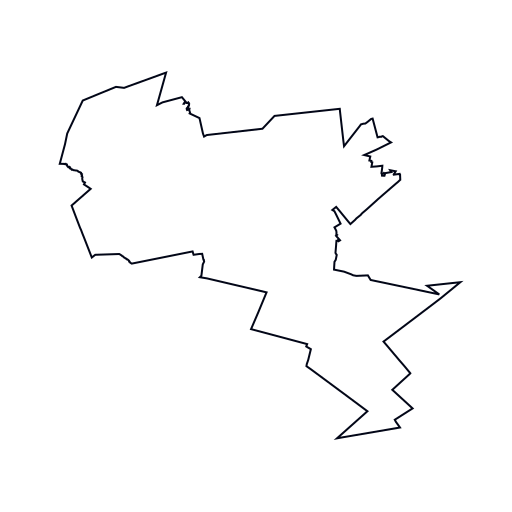 Villa Juárez, San Luis Potosí, Mexico, rotated 97°
{"feature_id": "50627088B60743344831713", "entity_name": "Villa Juárez", "entity_type": "district", "adm_level": 2, "iso_a3": "MEX", "parent_name": "Mexico", "parent_adm1": "San Luis Potosí", "projection": "equal_earth", "projection_center": [-100.218, 22.295], "detail": "fine", "context": "isolated", "style": "outline", "palette": "ink", "viewbox_px": 512, "rotation_deg": 97, "n_neighbors": 0, "source": "geoboundaries", "source_scale": "gbopen_adm2", "svg_char_len": 4763}
<svg xmlns="http://www.w3.org/2000/svg" viewBox="0 0 512 512"><g transform="rotate(97 256 256)"><path d="M408.7,92.2L407.8,93.0L403.6,96.9L401.6,98.3L388.2,82.0L372.2,104.4L353.8,88.6L353.6,88.5L350.8,91.5L348.5,93.9L346.1,96.5L343.4,99.5L341.7,101.4L340.0,103.2L338.3,105.0L336.6,106.9L334.8,108.8L332.4,111.4L328.6,115.5L325.4,119.0L304.4,97.3L303.7,96.6L290.9,83.4L275.5,67.6L257.1,50.0L264.7,82.6L271.8,69.4L267.0,125.3L266.2,135.0L265.8,139.3L261.6,142.6L263.4,153.3L263.5,153.9L263.3,157.3L262.6,159.2L260.8,166.7L260.0,176.9L252.2,177.4L250.9,176.8L250.1,176.4L245.1,176.0L244.5,176.5L243.9,177.1L243.2,177.5L235.4,177.8L233.7,177.9L231.2,178.0L231.2,177.5L230.5,176.9L230.9,176.5L231.3,175.9L230.2,174.5L229.2,175.6L227.1,178.0L226.2,179.0L226.0,178.8L225.2,178.1L224.7,178.9L223.3,178.9L222.4,179.1L221.2,179.4L220.3,180.0L218.0,181.6L215.1,177.9L213.6,176.0L210.7,177.9L207.9,179.7L205.0,181.6L202.0,183.6L201.0,185.8L197.5,182.4L199.1,180.7L201.3,178.3L204.3,175.2L205.8,173.6L208.0,171.3L210.1,169.1L212.8,166.2L208.0,162.0L206.5,161.0L202.4,157.0L201.5,156.5L200.7,155.9L200.2,155.5L198.6,154.0L196.2,151.8L192.4,148.5L185.6,142.6L185.1,142.2L179.0,136.7L167.3,126.1L165.3,124.2L163.1,122.4L162.8,122.1L157.8,122.9L157.8,123.3L157.0,123.5L158.5,129.2L158.3,129.3L157.1,128.7L154.9,127.7L154.9,127.9L154.5,133.3L156.2,131.9L156.8,133.9L158.3,138.8L158.0,139.2L158.5,139.6L158.9,138.0L160.7,138.3L160.9,140.7L158.5,141.3L158.4,141.6L155.4,141.5L152.8,141.5L151.0,141.6L152.3,146.8L153.4,152.3L148.9,152.0L148.7,153.0L147.5,153.1L147.4,155.1L143.3,154.7L142.6,160.9L135.7,149.3L126.8,135.8L126.6,136.2L126.3,136.9L125.9,137.7L125.5,138.4L124.9,139.4L124.5,140.0L124.2,140.5L123.5,141.6L122.5,143.2L121.6,144.6L121.6,144.8L121.6,145.0L121.7,145.3L121.9,145.5L122.1,145.8L122.3,146.0L122.5,146.4L122.5,146.8L122.5,147.0L122.5,147.3L122.5,147.6L122.7,147.9L122.9,148.4L123.2,149.1L123.3,149.5L123.4,149.8L105.4,157.0L105.8,158.0L106.0,158.5L109.3,161.6L111.2,163.6L111.6,165.5L112.0,166.5L112.3,167.2L112.6,167.9L114.1,168.7L136.3,182.0L129.9,183.6L102.4,190.2L99.7,190.8L114.7,254.7L128.9,265.1L141.7,318.6L142.0,319.7L143.8,322.1L140.8,323.6L126.0,328.9L122.6,339.2L121.8,338.9L120.1,339.7L119.8,339.8L119.4,340.1L118.4,340.0L119.5,342.2L118.5,342.7L118.2,342.8L117.6,342.6L116.8,341.3L116.0,341.8L115.9,341.8L115.7,341.4L115.0,340.9L113.2,340.9L112.9,341.6L112.3,341.4L112.1,341.7L112.0,341.9L111.8,342.0L112.5,342.9L112.6,343.5L111.8,344.3L112.3,345.1L112.9,345.4L113.7,345.9L113.7,346.3L111.2,345.1L111.2,344.9L107.4,348.9L114.9,367.5L118.4,372.7L113.9,372.0L84.9,367.6L96.3,390.0L102.9,403.0L105.2,407.4L105.2,415.6L114.0,431.3L122.8,446.9L157.4,458.3L168.3,459.2L188.4,462.0L188.0,458.1L188.1,457.9L188.1,457.7L188.0,457.4L188.0,457.2L187.9,457.0L188.0,456.9L187.9,456.7L187.9,456.3L187.8,456.2L187.7,456.0L187.9,455.7L188.0,455.5L188.1,455.3L188.2,455.2L188.3,455.2L188.5,455.2L188.9,455.1L189.0,455.0L189.1,454.8L188.9,454.6L189.2,454.5L189.4,454.3L189.6,454.3L189.8,454.1L190.0,454.0L190.1,453.8L190.3,453.6L190.4,453.4L190.6,453.3L190.7,453.2L190.6,452.8L190.5,452.5L190.3,452.4L190.2,452.3L190.2,452.0L190.3,451.8L190.4,451.7L190.7,451.8L190.8,451.7L191.0,451.5L191.1,451.3L191.3,451.2L191.4,451.3L191.6,451.5L191.8,451.3L191.8,451.0L191.8,450.7L191.8,450.4L192.1,450.2L192.3,450.0L192.5,449.7L192.8,449.4L192.7,449.2L192.5,448.9L192.6,448.6L192.7,448.4L192.9,448.2L193.1,447.1L193.0,446.5L193.1,445.7L193.1,445.0L193.1,444.7L193.0,444.2L193.2,443.7L193.3,443.3L193.5,443.1L193.8,442.8L193.8,442.6L193.9,442.3L194.1,442.0L194.2,441.6L194.3,441.1L194.3,440.7L194.6,440.0L194.9,440.1L195.2,439.8L195.5,439.3L195.8,438.9L195.9,439.0L196.2,439.3L196.5,439.3L196.7,439.1L196.9,438.7L197.2,438.5L197.5,438.5L198.0,438.6L198.0,438.3L198.4,438.1L199.1,437.8L199.3,437.9L200.4,437.9L201.2,437.7L202.0,437.4L203.1,437.0L203.9,434.7L205.9,435.5L208.7,429.8L209.5,428.3L228.4,445.2L241.5,438.3L249.4,434.1L251.5,432.8L253.8,431.6L254.0,431.5L255.5,430.7L258.2,429.2L277.5,418.8L274.4,415.7L270.9,393.3L270.7,392.0L271.1,391.0L271.6,390.0L271.9,389.3L272.4,388.8L272.5,388.6L272.6,388.1L272.7,387.7L273.1,387.3L273.6,386.7L273.8,386.1L274.0,385.6L274.2,385.3L274.4,385.1L274.4,384.8L274.4,384.5L274.7,384.1L274.9,383.9L275.1,383.7L275.0,383.3L275.5,382.4L276.0,381.7L276.3,381.3L276.9,381.3L277.1,381.2L277.2,380.7L277.3,380.5L277.9,380.1L278.7,378.4L259.2,319.5L262.4,318.1L260.9,312.5L260.4,309.7L266.1,307.7L266.2,307.3L267.9,306.8L270.8,307.8L282.2,307.8L283.9,309.1L284.2,301.9L290.8,241.1L311.7,246.9L329.2,252.0L337.2,194.5L339.7,195.1L341.8,190.2L352.7,191.5L355.1,192.0L356.9,192.4L358.6,192.5L359.2,192.5L361.7,187.8L372.0,169.6L385.1,146.5L396.5,126.5L427.1,153.4L425.4,147.9L408.7,92.2Z" fill="none" stroke="#020617" stroke-width="2"/></g></svg>